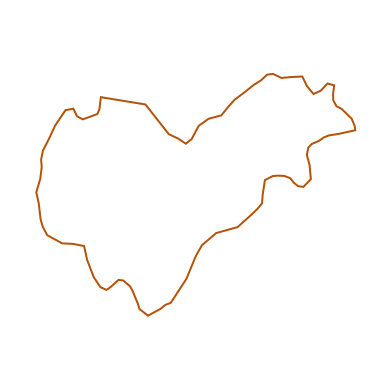 Ulju-gun, Ulsan, South Korea (Robinson projection), rotated 277°
{"feature_id": "91817680B44823551048989", "entity_name": "Ulju-gun", "entity_type": "district", "adm_level": 2, "iso_a3": "KOR", "parent_name": "South Korea", "parent_adm1": "Ulsan", "projection": "robinson", "projection_center": [129.199, 35.518], "detail": "fine", "context": "isolated", "style": "outline", "palette": "amber", "viewbox_px": 384, "rotation_deg": 277, "n_neighbors": 0, "source": "geoboundaries", "source_scale": "gbopen_adm2", "svg_char_len": 1338}
<svg xmlns="http://www.w3.org/2000/svg" viewBox="0 0 384 384"><g transform="rotate(277 192 192)"><path d="M112.0,96.1L95.4,104.9L90.4,109.3L86.4,112.7L84.4,119.1L87.4,122.5L95.8,129.8L95.8,134.6L90.8,142.0L86.9,144.9L73.9,152.2L69.4,154.1L63.9,163.4L72.3,175.1L76.8,179.5L78.1,181.9L79.3,184.4L97.3,193.2L105.3,197.1L128.3,203.4L140.3,208.3L154.2,221.0L162.7,241.5L176.7,253.7L183.2,259.0L189.2,262.9L197.7,262.5L212.7,262.9L217.7,270.3L218.7,275.2L219.2,281.5L217.7,287.9L213.7,291.8L210.7,296.6L210.7,302.0L212.6,303.4L219.2,308.4L226.2,306.9L233.2,305.4L242.7,301.5L250.2,302.0L254.2,304.9L258.2,311.8L262.2,316.2L264.7,320.6L267.7,330.9L273.2,346.5L277.2,345.5L284.2,341.6L292.7,330.4L294.7,325.0L300.2,321.1L306.2,320.1L315.2,320.1L316.2,313.3L308.2,307.4L304.1,300.6L311.1,293.2L320.1,287.4L318.1,276.1L316.1,266.8L319.1,258.1L317.6,252.2L311.1,246.8L306.1,240.5L297.6,232.2L288.6,222.9L280.1,217.1L271.6,211.7L266.7,199.5L258.6,190.7L252.6,188.3L244.7,185.3L244.0,184.7L239.2,180.0L241.4,175.6L243.2,172.2L246.6,161.9L273.2,135.1L275.0,90.0L262.5,90.0L257.8,88.5L250.8,74.8L253.1,68.7L260.2,64.1L257.8,56.5L241.4,48.1L227.4,43.6L214.9,39.0L205.6,38.3L198.6,39.8L186.9,39.8L172.8,37.5L161.9,41.3L146.3,45.1L139.3,48.1L131.5,53.5L125.2,69.4L126.0,80.1L125.2,91.5L112.0,96.1Z" fill="none" stroke="#b45309" stroke-width="2"/></g></svg>